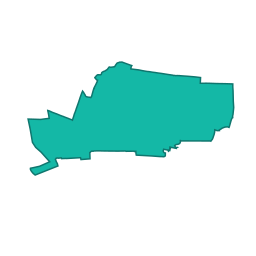 outline of Coteana, Olt, Romania, rotated 14°
{"feature_id": "2599482B13095834850440", "entity_name": "Coteana", "entity_type": "district", "adm_level": 2, "iso_a3": "ROU", "parent_name": "Romania", "parent_adm1": "Olt", "projection": "robinson", "projection_center": [24.45, 44.293], "detail": "fine", "context": "isolated", "style": "filled", "palette": "teal", "viewbox_px": 256, "rotation_deg": 14, "n_neighbors": 0, "source": "geoboundaries", "source_scale": "gbopen_adm2", "svg_char_len": 5245}
<svg xmlns="http://www.w3.org/2000/svg" viewBox="0 0 256 256"><g transform="rotate(14 128 128)"><path d="M59.3,188.9L69.2,181.8L68.7,180.9L68.3,180.0L68.0,179.6L66.3,177.7L66.2,177.5L65.8,176.8L65.7,176.6L65.4,176.4L65.2,176.2L65.1,175.8L65.3,175.4L65.5,175.1L65.5,174.8L65.6,174.7L66.7,174.2L67.1,174.1L67.5,174.2L68.1,174.0L70.4,173.1L70.5,173.1L70.9,173.8L74.9,172.6L75.6,172.5L89.1,168.3L89.3,168.6L89.6,169.2L90.0,170.0L98.6,167.1L96.9,161.1L97.1,160.9L97.3,160.6L97.6,160.0L98.1,159.5L98.3,159.3L98.5,159.2L98.8,159.1L99.3,159.1L99.6,159.0L99.9,158.9L100.2,158.8L100.6,158.5L100.8,158.4L102.1,158.1L102.9,157.8L104.4,157.4L106.9,156.8L107.6,156.7L114.9,155.0L119.0,154.0L123.7,152.9L128.5,151.6L129.7,151.3L130.8,151.0L131.5,151.0L131.8,151.1L133.0,150.7L134.3,150.4L139.6,149.0L139.8,149.2L139.9,149.3L140.1,149.2L140.3,149.1L141.2,148.7L141.6,149.9L142.0,151.0L142.6,152.3L149.4,151.0L157.8,149.4L165.4,148.1L166.3,147.9L167.6,147.6L169.3,147.3L169.5,147.2L169.8,147.2L170.7,146.4L170.9,146.1L170.9,145.9L170.8,145.3L170.3,143.2L169.5,143.3L169.0,143.2L168.9,143.2L168.5,142.9L168.0,142.3L167.8,141.9L167.6,141.5L167.7,141.1L167.7,140.0L171.8,139.8L172.2,139.7L172.5,140.1L172.9,140.8L173.0,140.7L173.2,140.3L173.4,139.8L173.5,139.8L174.0,139.7L173.9,139.4L173.7,139.2L173.5,138.8L173.5,138.6L173.6,138.4L173.9,138.2L173.5,137.8L173.5,137.7L173.7,137.4L173.9,137.5L174.1,137.4L174.1,137.1L173.7,136.9L173.3,136.7L173.2,136.5L173.2,136.4L173.3,136.4L173.7,136.4L173.8,136.3L175.2,136.3L177.9,136.2L179.6,136.1L179.3,135.6L179.7,135.5L180.4,135.0L180.5,134.9L180.4,134.9L180.2,135.0L179.5,135.3L179.3,135.4L179.2,135.5L178.5,134.9L177.8,134.1L177.5,133.9L177.5,133.7L177.9,133.4L178.1,133.1L178.3,132.9L178.5,132.6L179.3,132.1L179.7,132.0L180.0,131.9L180.6,131.6L181.0,131.3L181.4,130.9L181.8,130.7L182.1,129.9L182.2,129.0L182.2,128.5L182.1,128.2L181.8,127.5L182.1,127.4L182.5,127.7L210.5,120.8L211.2,120.7L211.3,120.6L211.6,120.7L212.6,118.4L212.7,117.7L212.8,117.1L213.0,114.6L213.1,113.7L213.1,113.0L213.1,112.7L213.1,112.1L213.1,111.6L213.0,110.5L212.9,109.8L212.7,109.1L212.6,108.7L213.2,108.7L214.6,109.0L215.1,109.0L215.6,108.9L216.1,108.8L216.6,108.6L217.3,108.4L217.2,108.1L217.0,107.9L217.5,107.3L217.7,107.2L217.9,107.1L218.0,106.9L218.3,106.7L219.2,105.6L219.5,105.3L219.8,105.1L220.5,104.6L221.2,104.1L221.8,103.7L222.1,103.6L222.5,103.4L223.7,103.0L224.2,102.8L224.4,102.8L225.9,103.0L226.0,102.2L226.2,95.9L226.3,94.8L226.4,93.7L226.5,93.3L227.1,92.7L226.9,91.9L226.6,91.2L226.6,89.5L225.9,84.5L225.6,82.5L223.7,76.6L221.7,69.3L220.9,66.4L219.8,63.0L219.0,59.9L211.1,61.6L203.4,63.4L196.3,64.9L192.8,65.7L190.6,66.3L187.3,67.1L186.2,61.5L181.4,62.1L178.7,62.5L173.1,63.4L169.2,64.1L165.7,64.7L165.4,64.7L165.0,64.8L163.6,65.1L162.8,65.3L162.1,65.5L161.5,65.7L161.2,65.7L159.9,65.8L159.5,66.1L159.3,66.1L158.8,65.9L155.8,66.2L153.8,66.4L146.9,67.0L143.5,67.4L140.9,67.6L138.6,67.9L134.7,68.2L134.2,68.3L133.8,68.4L131.9,68.6L127.7,68.9L124.9,69.0L123.8,69.1L122.1,69.3L116.5,70.0L116.4,69.9L116.3,68.4L116.3,68.1L116.3,67.8L116.6,66.5L114.8,66.4L108.2,65.7L106.5,65.5L106.2,65.5L105.5,65.7L105.3,65.8L104.6,66.0L104.0,66.1L103.6,66.4L102.9,66.9L102.2,67.3L101.9,67.5L101.7,67.7L101.3,68.5L101.3,68.8L100.7,70.0L100.6,70.4L100.5,70.9L100.4,71.1L100.3,71.3L100.3,71.5L100.2,71.7L100.0,71.8L99.8,72.0L99.6,72.1L99.3,72.1L98.8,72.4L98.5,72.5L97.9,72.7L97.7,72.8L97.0,73.1L96.8,73.2L95.8,73.3L95.2,73.3L94.9,73.5L94.1,75.4L93.8,76.0L93.6,76.4L92.6,77.4L92.2,77.9L91.5,78.5L91.4,78.6L90.8,78.9L90.5,79.2L90.1,79.5L89.5,80.2L89.4,80.3L89.2,80.5L89.1,81.3L89.1,82.2L89.0,82.6L88.9,82.8L88.6,83.0L87.8,83.2L86.0,83.6L85.7,83.7L85.5,83.9L85.1,84.3L84.9,84.7L84.7,84.9L84.4,85.6L84.4,85.8L84.3,86.0L84.2,86.3L83.8,86.7L83.7,86.8L83.6,87.0L83.8,87.4L84.0,87.5L84.5,87.8L85.5,88.6L85.8,88.8L86.1,88.9L86.5,89.0L86.9,89.0L86.8,89.6L86.9,90.6L86.8,91.3L86.7,91.3L86.5,92.2L86.4,93.0L85.8,95.6L85.7,95.9L85.3,97.7L85.6,97.8L85.2,99.2L85.0,106.5L84.6,107.1L84.5,107.5L83.9,107.3L83.6,107.4L83.1,107.5L82.5,107.6L81.8,107.7L80.8,107.7L80.2,107.7L79.7,107.6L79.2,107.3L78.9,107.1L78.4,106.3L77.2,105.2L76.3,104.2L75.9,103.9L75.0,103.2L74.9,104.0L74.7,105.0L74.4,107.7L74.2,109.9L74.1,110.6L74.1,110.9L74.1,111.5L74.1,111.9L74.0,112.3L74.0,112.9L74.0,113.1L73.9,113.4L73.9,114.4L73.8,115.1L73.6,117.3L73.5,118.1L73.3,120.3L73.1,122.2L73.1,122.9L73.0,123.7L72.9,124.9L72.8,126.1L72.7,126.4L72.6,126.7L72.6,127.2L72.6,127.6L72.5,128.1L72.5,129.2L72.5,129.5L72.3,131.9L72.3,132.3L72.2,133.3L72.2,133.6L72.2,133.8L71.9,133.7L71.2,133.6L70.4,133.5L69.9,133.5L69.5,133.4L69.1,133.4L68.1,133.2L63.8,132.7L63.2,132.6L62.6,132.5L61.8,132.4L61.0,132.4L60.3,132.3L60.0,132.2L59.4,132.2L58.2,132.0L57.5,131.9L55.5,131.6L55.2,131.5L54.8,131.6L54.4,131.5L51.9,131.2L51.5,131.2L50.9,131.1L49.7,130.9L49.0,130.7L48.8,130.8L47.8,130.5L45.9,130.4L46.0,130.7L46.5,131.6L46.7,132.0L47.8,134.4L48.3,135.5L48.6,136.3L49.2,137.7L47.1,138.5L43.5,139.9L41.3,140.8L28.9,143.5L33.4,152.8L38.8,165.1L43.1,169.1L49.6,172.5L60.2,179.7L52.8,185.5L51.5,186.5L50.5,187.0L44.9,189.8L43.1,190.6L43.1,190.9L43.2,191.4L43.4,191.8L44.0,192.6L44.6,193.2L45.2,193.7L45.7,194.1L47.1,195.1L48.7,195.8L49.3,196.1L59.3,188.9Z" fill="#14b8a6" stroke="#0f766e" stroke-width="1.5"/></g></svg>